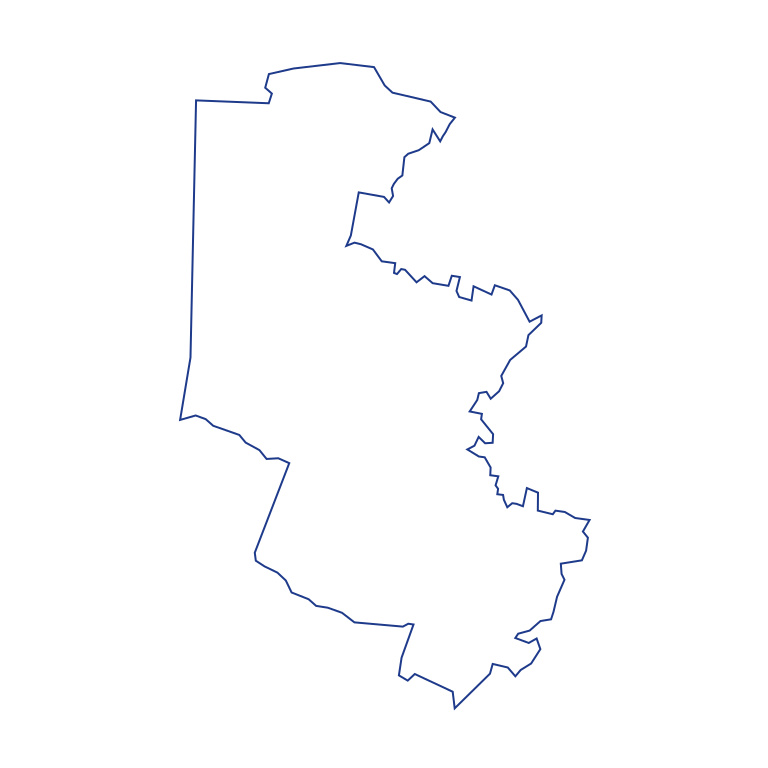 the district of Nurata, Navoi, Uzbekistan, rotated 277°
{"feature_id": "79887680B28423618609803", "entity_name": "Nurata", "entity_type": "district", "adm_level": 2, "iso_a3": "UZB", "parent_name": "Uzbekistan", "parent_adm1": "Navoi", "projection": "robinson", "projection_center": [65.941, 40.555], "detail": "fine", "context": "isolated", "style": "outline", "palette": "blue", "viewbox_px": 768, "rotation_deg": 277, "n_neighbors": 0, "source": "geoboundaries", "source_scale": "gbopen_adm2", "svg_char_len": 2009}
<svg xmlns="http://www.w3.org/2000/svg" viewBox="0 0 768 768"><g transform="rotate(277 384 384)"><path d="M657.0,421.9L660.8,407.0L670.0,395.9L674.2,356.9L680.4,348.3L697.3,335.5L697.2,301.4L686.1,255.7L677.6,232.0L663.6,230.0L658.6,237.3L648.6,235.4L642.6,162.9L386.7,188.7L323.5,186.0L329.8,200.9L327.4,211.3L321.7,219.6L315.8,246.6L309.0,253.8L303.2,268.4L295.3,276.6L297.4,288.1L293.9,299.6L200.8,276.3L193.0,278.3L188.4,287.7L183.8,301.2L177.0,310.5L165.8,317.7L161.2,335.4L155.5,343.7L155.1,355.5L151.8,370.2L143.8,383.7L145.5,432.3L149.0,437.3L148.9,442.6L114.5,434.8L96.6,434.3L92.5,443.7L99.9,449.9L86.9,489.7L70.7,493.7L109.4,524.5L119.4,526.0L117.7,541.4L109.9,550.0L116.8,554.5L124.5,564.1L139.9,571.5L150.0,566.5L144.6,559.2L147.9,545.3L152.5,547.6L157.0,558.6L167.8,568.2L170.8,578.5L178.5,580.0L193.9,581.7L211.7,587.0L217.1,583.4L227.2,581.4L233.1,601.9L243.2,604.9L256.3,605.1L261.8,599.4L274.1,604.6L274.3,590.0L279.0,579.1L279.2,569.6L275.3,567.4L277.1,552.1L294.9,550.1L298.1,538.5L279.6,536.8L281.2,530.2L281.3,525.8L276.7,521.4L283.7,517.1L288.4,515.7L288.4,509.9L293.9,510.0L297.0,507.1L306.3,508.7L306.4,500.6L314.1,500.0L323.5,492.9L323.6,487.0L329.2,474.7L333.8,481.3L343.0,484.4L337.5,491.6L338.9,499.0L347.5,498.4L360.8,484.7L366.3,484.8L367.2,472.4L379.5,478.5L386.5,479.3L388.7,486.7L382.4,491.7L390.8,499.1L399.3,502.2L406.3,499.4L423.3,506.3L438.5,520.4L450.1,521.4L463.9,532.6L471.3,532.1L463.6,520.9L483.9,506.7L492.2,497.4L495.5,482.0L485.9,479.8L491.9,461.0L477.5,460.7L479.5,448.0L485.2,444.6L499.4,446.3L499.7,438.1L489.3,436.0L490.0,420.0L496.0,411.1L488.9,403.9L499.9,391.0L500.2,387.1L494.7,383.5L495.5,380.4L505.3,380.4L505.5,366.8L516.2,356.6L519.9,344.1L520.7,337.5L516.5,329.8L527.4,333.0L571.1,335.6L569.7,361.2L564.8,366.9L571.7,370.1L579.2,367.8L583.8,369.4L589.4,372.6L593.2,376.8L611.6,376.6L615.5,380.0L620.3,390.0L628.6,399.6L642.6,401.2L631.7,410.2L637.1,412.2L641.4,414.4L650.0,417.6L657.0,421.9Z" fill="none" stroke="#1e3a8a" stroke-width="2"/></g></svg>